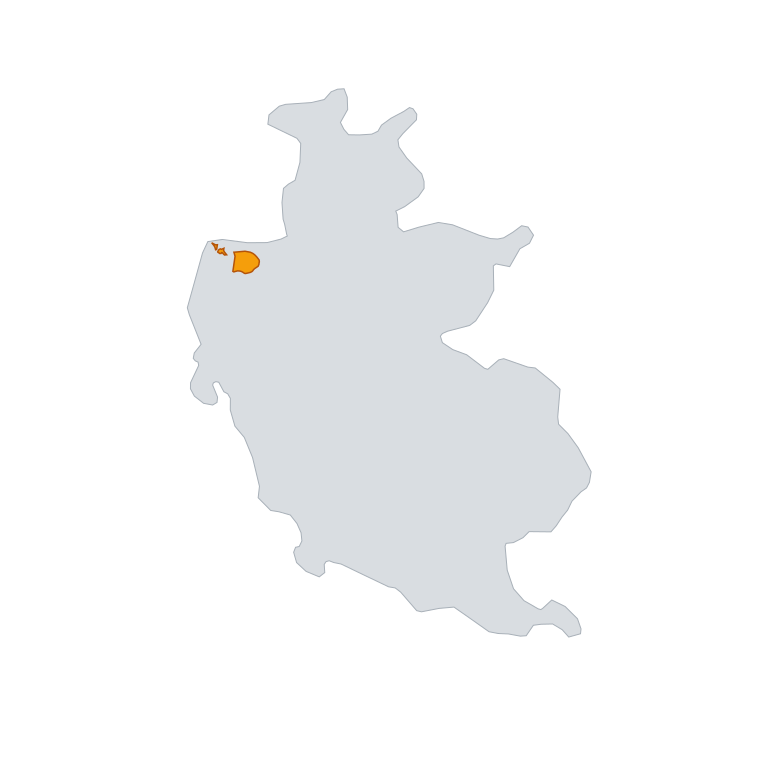 Switzerland, with Appenzell Innerrhoden highlighted, rotated 253°
{"feature_id": "CHE-3473", "entity_name": "Appenzell Innerrhoden", "entity_type": "Canton", "adm_level": 1, "iso_a3": "CHE", "parent_name": "Switzerland", "parent_adm1": "", "projection": "orthographic", "projection_center": [9.457, 47.345], "detail": "fine", "context": "in_parent", "style": "filled", "palette": "amber", "viewbox_px": 768, "rotation_deg": 253, "n_neighbors": 0, "source": "natural_earth", "source_scale": "10m", "svg_char_len": 3291}
<svg xmlns="http://www.w3.org/2000/svg" viewBox="0 0 768 768"><g transform="rotate(253 384 384)"><path d="M558.5,246.3L562.4,248.8L571.7,257.2L569.5,271.6L559.0,294.8L553.4,313.6L552.7,328.0L553.8,334.8L555.7,334.7L565.9,335.7L571.1,335.7L587.4,339.5L600.5,345.1L603.1,351.1L604.8,358.5L620.5,368.4L638.4,374.7L644.4,372.6L666.4,348.9L675.0,352.7L680.3,365.1L680.2,371.7L674.4,396.7L673.5,410.1L678.9,418.9L679.5,425.8L678.0,432.1L669.1,432.7L657.1,429.5L646.9,418.8L639.3,420.1L632.7,423.0L629.4,433.2L626.5,445.4L627.5,452.1L632.3,457.3L636.1,468.3L638.9,482.7L640.9,489.2L638.7,492.2L632.4,494.2L627.2,492.3L617.9,475.2L613.5,468.7L606.3,467.6L593.5,471.8L573.9,481.5L566.0,481.5L559.3,479.5L553.0,471.4L547.6,455.7L545.9,445.8L542.2,446.1L529.7,443.3L523.8,447.2L523.8,463.2L522.6,483.2L516.2,496.1L498.5,518.4L492.0,528.2L489.4,535.1L488.8,541.2L491.5,551.8L495.1,561.9L492.0,567.6L482.6,570.5L476.1,564.3L473.6,553.5L459.5,538.5L466.1,526.2L465.0,523.1L441.6,516.4L431.5,506.9L417.6,490.2L415.0,483.1L415.9,460.2L415.2,454.6L413.3,451.9L406.5,451.9L396.8,459.8L387.8,471.6L369.6,484.7L367.7,487.6L373.5,500.8L373.2,505.9L358.1,526.5L355.1,533.3L336.2,546.0L327.5,550.8L301.7,540.5L294.5,539.2L282.8,545.4L266.2,551.1L239.5,556.4L229.9,551.7L225.4,547.3L223.3,540.9L217.0,529.5L209.7,522.7L204.7,515.3L198.0,507.2L193.8,500.4L200.4,479.6L196.4,472.0L194.5,461.4L195.9,454.2L193.6,452.4L170.0,447.4L150.3,448.0L135.9,454.5L123.9,465.7L122.4,468.1L123.1,470.3L128.4,481.3L118.2,492.2L102.9,500.4L92.2,500.8L87.7,498.9L88.0,486.7L96.9,482.6L105.2,475.1L108.3,464.1L109.6,456.3L101.7,446.4L103.0,440.7L108.6,429.9L112.0,420.3L116.4,412.0L133.3,398.9L150.2,385.7L153.3,371.1L155.2,353.2L157.7,349.0L180.1,339.1L185.7,335.1L188.7,329.1L206.6,309.6L224.4,290.3L228.0,283.7L231.0,279.9L231.1,276.7L229.0,274.1L221.0,272.2L218.5,265.7L227.6,254.7L238.8,248.2L249.5,248.4L253.7,251.7L253.4,255.4L257.9,259.6L266.0,261.2L276.0,260.0L286.1,256.1L292.5,246.2L296.2,238.7L312.0,230.4L322.6,235.0L352.1,236.8L373.7,234.8L387.3,229.1L404.0,229.4L415.2,232.9L417.2,232.4L420.3,231.7L423.4,228.6L434.0,226.5L435.4,223.9L435.0,221.2L433.1,219.8L420.1,221.0L415.2,218.9L414.0,214.0L418.3,205.8L427.9,199.1L436.0,197.5L441.8,199.4L455.9,212.2L459.3,212.6L461.3,210.3L464.3,209.1L469.1,211.6L474.6,219.5L475.5,220.7L507.3,218.1L514.4,218.2L536.0,232.0L558.5,246.3Z" fill="#d9dde1" stroke="#a8b0b8" stroke-width="1"/><path d="M553.9,279.0L551.6,289.9L549.1,294.7L547.3,296.7L545.4,298.1L542.9,299.4L539.2,300.8L538.4,300.7L537.2,300.5L536.3,299.9L535.2,299.5L533.5,298.2L532.8,296.2L532.6,295.4L532.1,293.9L531.8,293.3L531.5,292.7L530.5,291.4L530.0,290.2L529.8,288.5L530.1,284.0L530.6,282.9L532.5,281.4L533.6,280.1L534.3,278.8L535.0,277.0L535.1,274.6L535.1,273.2L535.9,272.4L549.7,278.9L553.9,279.0ZM560.6,270.6L558.8,269.7L557.2,269.9L553.6,271.3L554.0,269.2L555.4,268.4L556.9,267.7L557.2,267.3L557.0,266.9L556.6,266.5L556.5,266.4L556.5,266.2L556.6,265.9L556.7,265.5L556.8,265.1L557.2,264.8L557.7,264.5L558.0,264.1L558.5,263.7L559.0,263.6L559.8,264.3L560.4,264.9L560.9,265.7L561.0,266.3L561.0,267.2L560.3,267.9L560.6,270.6ZM569.4,260.5L566.4,263.5L566.2,264.0L565.9,265.4L561.8,263.4L561.6,263.0L561.6,262.2L564.1,262.3L566.0,261.9L569.4,260.5Z" fill="#f59e0b" stroke="#b45309" stroke-width="1.5"/></g></svg>